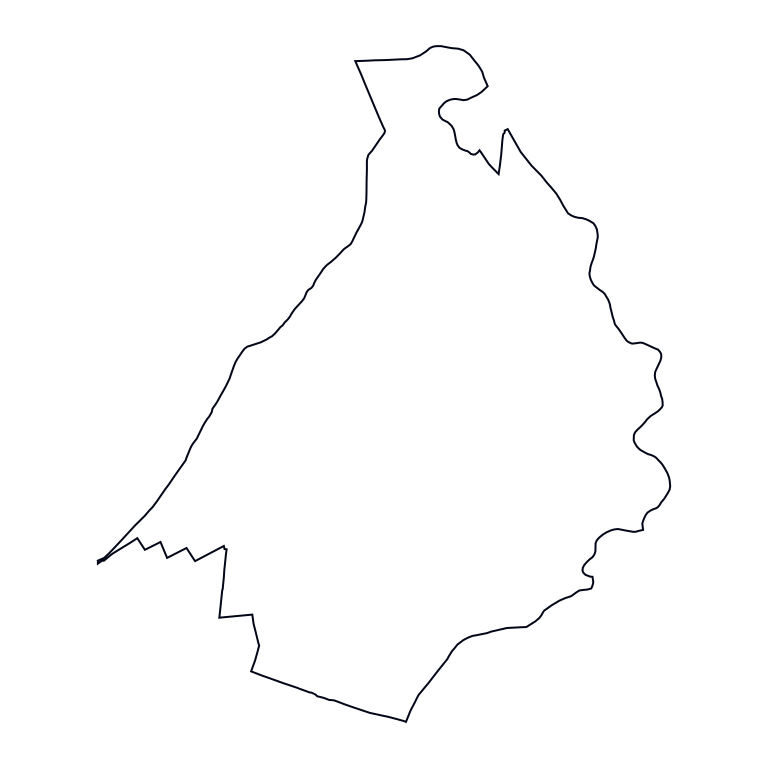 BOD, Brasov, Romania
{"feature_id": "2599482B89671579374338", "entity_name": "BOD", "entity_type": "district", "adm_level": 2, "iso_a3": "ROU", "parent_name": "Romania", "parent_adm1": "Brasov", "projection": "albers", "projection_center": [25.636, 45.77], "detail": "fine", "context": "isolated", "style": "outline", "palette": "ink", "viewbox_px": 768, "rotation_deg": 0, "n_neighbors": 0, "source": "geoboundaries", "source_scale": "gbopen_adm2", "svg_char_len": 6062}
<svg xmlns="http://www.w3.org/2000/svg" viewBox="0 0 768 768"><path d="M592.5,576.8L590.2,576.6L585.6,574.9L583.3,572.7L582.5,570.7L582.8,567.9L584.2,565.1L586.7,562.2L589.8,559.2L592.4,557.3L594.4,554.5L595.4,551.4L595.5,547.5L595.6,543.2L596.8,540.3L599.2,537.6L602.7,534.7L606.4,532.4L610.6,530.5L613.9,529.5L617.9,529.0L621.5,529.7L627.2,530.8L633.1,531.8L635.6,531.8L639.1,530.8L643.1,529.9L642.3,523.8L642.7,522.3L643.4,520.1L644.6,517.3L645.8,514.9L647.4,512.7L650.1,510.8L653.3,509.2L656.0,508.3L657.9,507.1L659.7,504.9L661.3,502.2L664.3,498.7L667.4,493.7L669.6,489.7L670.2,486.3L669.7,480.7L669.0,477.3L667.2,472.7L664.7,468.3L662.2,464.3L659.5,461.3L658.1,459.9L656.1,457.7L654.2,456.4L651.1,455.0L648.0,454.1L645.2,452.7L640.5,450.0L638.6,448.4L636.7,446.2L635.5,444.3L634.3,442.0L633.7,440.2L633.8,437.8L633.9,435.6L634.0,434.7L635.1,432.3L637.4,429.7L639.9,427.5L642.5,424.9L645.3,421.7L647.1,419.3L650.8,415.9L654.8,413.4L658.1,411.2L660.3,409.0L661.9,407.2L662.7,405.3L662.6,402.3L662.1,398.7L661.1,396.0L660.4,392.9L659.1,389.0L657.5,385.7L656.3,382.0L655.2,378.8L654.8,375.4L655.2,371.9L656.6,368.8L660.5,360.5L661.3,357.1L661.2,354.2L660.3,352.3L658.2,349.7L655.6,348.7L648.4,345.4L646.5,344.5L644.6,343.7L643.0,343.0L640.9,342.6L638.7,342.8L636.9,343.1L634.5,343.4L632.6,343.6L631.3,343.4L629.4,342.5L627.6,341.5L626.3,340.2L624.5,337.8L623.3,335.9L621.9,333.8L619.9,330.8L618.1,328.3L615.9,325.7L614.7,323.7L614.0,320.6L613.0,317.8L612.2,314.8L611.3,311.0L610.4,307.5L610.0,304.8L609.1,301.9L607.9,299.2L606.3,296.6L604.9,294.1L602.8,292.0L599.8,290.0L594.0,285.5L592.2,282.6L590.7,279.5L589.8,276.3L589.4,273.7L590.0,270.5L590.5,266.7L591.7,262.9L592.9,259.8L594.0,256.3L594.9,252.3L595.8,248.3L596.3,244.6L597.2,240.2L597.8,237.1L597.6,234.1L596.9,229.4L595.4,226.1L593.5,223.3L589.4,220.8L586.4,219.4L582.3,218.1L578.5,217.8L574.6,216.9L571.2,215.4L568.0,213.3L563.0,205.2L560.2,199.9L556.3,193.6L551.9,188.3L546.5,182.2L541.6,175.9L531.5,165.6L520.7,152.0L507.7,129.1L504.7,130.6L504.8,131.8L504.4,133.0L503.4,134.0L503.1,134.9L502.4,139.9L501.9,146.1L501.2,154.8L500.5,160.4L499.9,165.6L499.5,168.1L498.6,174.1L491.9,167.3L488.9,164.1L480.6,151.7L479.5,150.3L478.0,152.3L475.3,154.4L473.4,154.6L470.8,153.9L469.4,152.5L467.5,151.1L465.4,150.6L462.0,149.3L459.5,147.8L457.5,145.1L456.6,142.8L455.8,139.6L455.2,136.1L454.4,132.0L453.8,129.7L452.7,127.6L451.4,125.6L449.8,124.1L448.2,122.6L447.1,121.8L446.2,121.5L444.2,120.5L442.3,119.4L439.9,116.5L439.1,113.8L438.9,111.3L439.3,108.6L440.6,107.1L442.5,105.0L444.0,103.2L446.4,101.3L450.1,99.7L453.8,99.0L456.2,99.0L460.4,99.6L463.5,100.2L467.3,99.6L471.3,97.6L476.9,95.1L481.5,92.0L487.7,86.2L484.1,78.0L482.1,71.5L478.6,65.8L473.6,59.6L469.8,54.7L463.6,50.3L458.3,48.7L451.4,48.1L446.6,47.2L440.9,46.1L436.7,46.1L433.3,46.6L430.2,47.9L426.1,51.4L420.0,55.4L412.4,58.3L407.0,59.2L401.0,59.3L393.2,59.7L384.7,60.1L374.8,60.3L367.2,60.7L359.4,61.0L355.3,61.1L357.1,65.3L359.2,70.0L361.3,74.8L365.5,85.1L372.4,101.6L378.3,115.7L383.3,127.1L384.5,129.3L384.9,130.4L384.9,131.6L384.5,132.9L383.0,135.2L379.9,139.2L378.9,140.7L372.1,150.7L369.1,154.0L368.3,155.1L367.8,156.8L367.2,158.9L366.9,160.9L366.9,170.0L366.6,181.3L366.5,191.8L366.3,199.7L366.1,202.5L365.2,206.9L364.5,212.1L362.7,219.9L362.2,221.6L361.5,223.3L360.5,225.3L356.2,233.1L352.2,241.5L350.5,244.3L348.0,246.2L344.3,248.8L343.1,250.0L339.9,253.5L336.0,257.5L331.1,261.8L326.8,265.1L324.9,267.1L322.9,269.4L321.4,271.8L317.4,277.6L316.1,279.4L314.6,282.1L313.1,285.8L311.6,287.7L310.6,288.5L308.6,289.7L307.4,291.0L306.3,292.9L305.5,295.1L304.2,298.2L303.0,299.8L301.6,301.6L299.3,304.1L294.8,309.0L292.5,312.3L291.2,314.3L290.3,316.0L288.3,318.8L286.4,320.8L284.8,322.3L282.6,325.4L280.3,327.2L278.7,329.2L274.7,333.8L272.1,336.2L269.5,337.6L266.4,339.6L263.5,341.0L260.8,342.3L256.5,343.7L251.9,345.2L248.8,346.2L247.1,346.7L246.3,347.4L244.6,348.6L243.2,350.4L241.6,352.6L240.2,354.8L237.8,358.2L236.5,360.4L235.5,362.1L234.9,363.7L233.9,366.0L233.2,368.1L231.8,372.0L230.4,376.1L229.6,378.5L228.6,380.6L226.1,385.8L223.8,390.0L220.4,395.9L217.5,401.3L215.8,404.0L214.4,405.9L213.0,408.0L212.4,408.9L212.1,410.5L211.8,411.9L210.7,413.9L209.6,415.9L208.6,417.3L207.2,419.0L206.0,420.9L204.8,422.7L202.8,426.2L200.7,430.6L199.1,433.8L197.7,436.7L197.0,438.3L195.5,440.3L194.1,442.1L192.7,444.0L191.2,446.5L190.1,448.9L189.4,450.6L187.2,456.0L186.3,458.2L185.9,459.8L184.9,461.4L178.2,470.8L173.6,477.4L169.1,484.1L165.4,489.0L160.3,496.4L157.0,501.2L152.7,507.0L149.7,510.1L144.6,516.0L135.0,525.5L120.3,541.5L109.5,552.9L104.2,557.9L97.8,560.7L97.9,561.2L97.9,561.8L97.9,563.6L100.3,561.9L103.4,560.0L103.9,560.7L106.1,558.9L108.3,557.0L111.5,554.4L113.1,553.3L113.6,553.0L116.8,551.0L125.8,545.5L130.0,542.9L137.3,538.2L144.9,549.8L160.5,542.0L167.1,557.9L186.5,548.0L194.9,560.9L195.1,561.1L223.8,546.0L224.5,549.0L226.6,549.3L225.9,554.8L225.1,562.5L224.3,570.2L223.8,577.9L223.0,585.6L222.7,589.2L222.3,589.7L221.1,601.1L219.5,616.5L219.3,617.7L220.2,617.6L252.3,614.6L253.6,623.9L255.5,631.3L258.6,644.0L259.2,645.4L257.1,653.3L255.0,660.7L251.1,671.4L262.6,675.8L267.5,677.5L282.8,683.0L289.7,685.3L296.6,687.6L299.9,688.9L306.3,691.2L309.8,692.5L311.0,692.5L312.3,693.0L315.0,694.3L316.0,695.0L316.8,695.9L318.0,696.5L319.9,696.9L322.7,697.6L324.6,698.2L329.4,700.0L330.3,700.0L333.8,700.3L337.5,701.6L342.0,703.3L344.0,704.1L354.0,707.6L369.9,712.9L374.5,713.9L389.3,717.1L397.6,719.3L405.4,721.5L405.9,721.9L406.0,721.7L406.2,721.3L410.6,710.4L414.4,703.2L418.4,695.2L423.4,689.1L428.5,683.0L437.6,671.2L447.5,658.9L448.7,656.5L450.8,653.1L452.1,651.0L454.4,648.4L457.3,644.7L459.4,643.1L462.9,640.4L464.8,639.3L468.6,637.4L472.8,635.8L475.5,635.4L487.1,633.1L491.2,631.6L506.8,628.0L522.0,627.2L525.3,627.1L526.6,626.9L532.1,623.4L535.6,621.2L539.5,617.8L541.3,615.4L543.5,611.5L544.2,610.6L545.9,609.4L551.5,605.4L559.1,600.8L565.2,598.1L571.1,596.2L576.5,592.3L579.3,590.5L582.8,590.0L587.6,589.5L591.2,588.5L591.9,587.1L592.8,584.5L593.3,582.1L592.5,576.8Z" fill="none" stroke="#020617" stroke-width="2"/></svg>